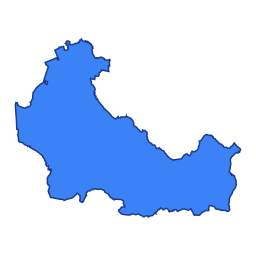 outline of Somcuta Mare, Maramures, Romania
{"feature_id": "2599482B12476623860037", "entity_name": "Somcuta Mare", "entity_type": "district", "adm_level": 2, "iso_a3": "ROU", "parent_name": "Romania", "parent_adm1": "Maramures", "projection": "mercator", "projection_center": [23.535, 47.493], "detail": "fine", "context": "isolated", "style": "filled", "palette": "blue", "viewbox_px": 256, "rotation_deg": 0, "n_neighbors": 0, "source": "geoboundaries", "source_scale": "gbopen_adm2", "svg_char_len": 5757}
<svg xmlns="http://www.w3.org/2000/svg" viewBox="0 0 256 256"><path d="M228.5,211.2L229.8,209.6L229.3,208.1L229.4,206.1L228.2,204.6L228.9,203.8L229.2,202.6L229.1,202.2L229.4,200.4L229.2,199.2L230.2,196.3L231.5,194.7L231.8,193.7L232.2,193.3L232.7,191.1L235.2,188.0L236.3,184.7L236.0,182.7L236.1,180.6L234.8,177.8L234.6,176.2L233.5,175.1L232.6,174.8L232.3,175.6L231.5,175.2L231.7,174.2L231.4,173.6L230.4,173.7L230.2,172.7L229.3,171.6L229.7,169.6L230.3,168.0L230.1,167.2L230.8,164.7L230.6,161.6L230.3,160.9L230.4,159.2L231.6,157.0L235.9,152.8L236.7,152.5L237.6,153.1L239.4,152.2L238.8,151.4L239.9,151.0L240.3,150.5L240.6,149.5L240.1,148.8L237.9,146.9L237.2,146.6L234.3,143.0L233.4,144.1L233.0,145.1L232.2,145.9L230.7,146.8L230.3,147.7L229.4,148.3L227.3,147.9L226.2,147.3L224.1,147.5L223.0,145.6L221.1,144.1L219.7,143.9L218.6,142.5L216.0,140.1L215.3,138.9L213.5,138.1L213.2,137.1L212.8,137.1L212.8,136.5L212.4,136.4L211.5,135.3L208.3,135.3L207.4,134.7L206.5,134.7L205.4,134.9L203.8,136.2L202.6,138.3L200.6,140.9L199.2,141.1L199.6,142.3L199.5,144.1L198.3,147.6L198.4,148.5L198.1,149.2L196.6,150.5L194.2,151.8L193.4,151.8L192.1,151.2L191.3,152.6L190.6,154.7L189.7,155.5L188.8,155.6L187.3,154.0L186.2,153.9L183.9,155.4L181.4,158.9L174.2,159.8L173.3,160.4L173.1,159.8L169.6,158.3L168.8,157.2L168.1,156.9L167.4,155.7L166.4,154.9L166.2,154.0L164.8,153.0L164.1,151.4L163.6,150.9L161.7,150.3L160.8,149.1L159.4,148.6L159.4,147.8L156.4,148.6L154.7,145.0L153.0,145.1L152.0,144.3L151.6,143.5L149.0,142.2L148.6,141.0L147.9,140.2L147.6,138.9L147.3,138.9L147.4,137.4L147.1,137.3L147.0,136.2L146.7,135.5L147.1,134.1L147.0,132.3L144.7,130.4L144.1,130.6L143.0,130.2L143.1,130.4L142.7,130.7L142.4,131.8L140.5,131.6L136.0,126.8L133.5,125.6L133.7,123.8L133.4,122.2L132.5,120.2L130.9,118.4L126.4,116.3L126.3,115.9L126.0,116.9L120.9,117.0L120.9,117.5L120.5,117.8L118.6,118.0L118.2,116.5L115.5,119.1L112.0,116.7L110.2,114.2L106.5,110.5L105.6,110.2L105.1,109.1L104.0,109.0L103.9,107.9L98.8,101.8L97.3,99.0L97.0,99.5L96.3,99.1L96.4,98.7L95.3,96.5L96.0,96.4L95.9,96.0L94.6,95.3L94.9,93.8L94.0,93.6L94.1,92.9L94.8,92.6L94.2,91.5L95.0,90.5L95.0,88.3L92.9,85.1L91.5,84.6L91.3,81.5L90.5,79.7L90.7,78.7L89.9,78.2L91.9,78.9L94.7,79.5L95.2,75.9L97.8,76.3L98.4,76.1L98.9,75.5L99.1,73.5L99.5,72.4L100.4,72.1L101.7,70.7L101.6,70.1L108.8,71.4L108.5,70.8L108.6,67.2L108.3,65.9L109.6,65.9L109.2,61.6L110.1,60.5L109.7,59.4L108.4,60.1L104.9,60.0L104.3,59.4L104.5,58.9L104.1,58.5L102.2,57.4L100.8,57.4L100.3,57.1L99.6,58.0L97.1,57.7L96.9,58.4L96.1,58.0L95.3,58.2L92.3,53.2L92.4,52.3L92.0,49.7L92.4,48.7L93.0,48.1L92.0,47.0L92.6,46.6L91.2,44.4L90.6,44.4L90.1,43.9L90.5,43.7L89.6,43.2L89.3,42.7L88.8,42.9L88.3,42.6L88.2,42.0L87.4,42.5L87.3,41.5L86.9,41.7L86.0,41.2L85.5,41.7L85.2,40.9L84.1,41.4L82.8,41.0L82.1,40.3L81.5,39.0L80.6,40.2L80.1,40.0L79.9,40.8L79.1,41.6L78.9,42.6L78.3,42.3L77.7,43.4L76.2,43.2L74.1,44.1L73.9,44.4L70.1,44.7L69.9,44.1L69.5,44.0L69.9,41.9L68.5,41.0L67.2,41.0L66.4,41.5L66.1,42.6L65.4,43.4L66.9,44.0L66.4,44.5L66.3,45.1L67.6,45.6L68.0,46.4L67.8,46.9L68.1,47.1L67.7,47.8L68.0,49.2L67.6,50.0L64.5,50.3L63.6,46.4L59.0,47.4L59.2,48.1L54.9,50.2L58.7,59.6L58.5,59.9L57.8,59.9L57.6,59.0L56.5,57.7L52.8,59.5L45.2,62.4L45.9,64.1L45.9,64.7L47.8,65.8L48.1,67.3L44.7,77.5L43.7,81.1L45.5,82.2L45.8,81.0L47.6,81.7L46.8,84.5L43.5,82.0L42.9,82.8L40.9,83.9L37.1,87.1L35.5,89.0L34.6,90.7L33.0,92.8L33.1,94.3L32.7,95.5L32.8,97.8L31.1,101.8L30.2,102.3L30.7,103.1L30.9,104.5L30.6,105.4L29.9,106.0L24.6,108.2L20.6,106.8L18.0,105.4L17.6,104.9L17.9,104.6L17.2,102.7L15.9,102.5L15.5,104.3L15.4,105.6L16.5,121.5L16.8,129.3L18.2,129.4L18.3,133.6L17.7,134.6L18.4,137.1L18.6,141.2L19.7,142.0L22.4,142.6L24.8,144.8L27.7,145.8L27.8,146.4L29.2,145.7L30.1,146.6L29.6,147.2L36.8,151.2L41.3,154.7L42.3,155.7L43.3,157.7L44.6,159.1L44.6,160.0L45.0,161.0L46.6,163.1L45.6,163.9L46.8,166.1L48.3,165.7L48.2,169.7L49.2,169.7L49.9,169.0L51.3,169.5L50.3,170.7L51.2,171.1L49.9,174.6L48.5,175.9L47.3,178.1L47.5,178.6L47.3,179.5L47.5,182.1L47.2,182.8L48.2,185.0L48.6,184.9L49.5,185.8L49.0,189.2L48.2,190.7L48.7,191.8L48.5,192.0L48.9,193.3L50.2,196.0L50.3,197.3L60.3,199.3L63.0,199.4L64.2,200.5L66.7,199.3L71.9,198.1L76.0,194.8L77.4,193.2L79.9,195.5L80.2,199.1L79.7,199.8L79.8,200.9L81.7,202.4L83.5,201.5L83.7,200.3L85.9,196.0L86.6,195.4L86.2,194.5L86.2,193.2L87.7,191.3L88.3,190.9L90.2,190.8L91.7,189.4L93.2,189.6L94.8,188.6L97.4,189.4L100.8,189.0L103.8,190.2L104.5,190.8L104.6,191.7L105.1,192.3L108.2,193.9L110.5,197.6L112.0,198.0L112.4,199.0L114.0,198.9L114.2,199.8L115.9,199.2L120.9,199.5L123.5,200.8L123.6,201.5L123.3,203.2L124.0,205.5L124.9,206.3L124.5,207.1L121.4,207.2L120.3,208.9L118.6,210.1L118.6,211.1L121.1,213.7L122.1,214.2L126.6,214.9L129.3,215.0L130.4,214.8L132.6,213.8L135.9,214.7L138.6,213.9L139.9,214.9L143.3,216.4L143.8,216.9L145.7,216.0L147.1,215.9L148.1,216.2L148.4,217.0L150.6,215.8L152.3,215.6L153.6,214.5L154.5,213.1L155.4,213.5L155.2,213.2L155.5,212.7L156.0,212.7L157.3,211.1L157.8,210.0L158.3,210.0L158.5,210.4L158.5,209.8L158.9,209.7L159.2,209.0L160.0,208.5L160.1,208.8L161.0,207.9L163.3,209.9L166.0,208.4L167.1,208.6L168.2,209.5L168.6,210.1L168.8,211.2L169.5,211.8L170.0,211.1L170.7,211.3L171.1,211.0L171.5,211.3L172.1,211.3L173.1,210.0L173.6,210.3L173.3,210.7L173.8,210.8L174.4,210.0L175.3,209.5L176.2,209.6L177.3,211.2L177.9,211.4L178.2,210.9L179.8,210.4L180.2,210.0L182.9,209.1L184.3,209.0L188.2,210.2L190.9,208.8L191.9,211.0L192.9,212.1L193.5,214.2L194.4,214.7L194.4,215.2L194.7,215.4L195.6,215.0L199.0,215.3L200.4,214.4L201.3,213.0L205.3,210.8L206.5,210.4L208.6,210.6L208.9,210.2L208.7,207.1L209.0,206.8L209.0,206.2L209.8,205.5L213.6,206.3L214.8,207.2L215.4,208.6L216.3,209.2L218.7,209.4L221.0,210.2L225.5,210.5L227.4,211.5L228.5,211.2Z" fill="#3b82f6" stroke="#1e3a8a" stroke-width="1.5"/></svg>